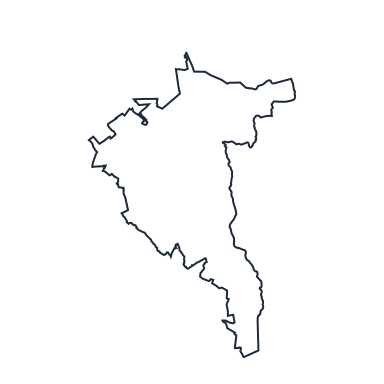 Comala, Colima, Mexico, rotated 109°
{"feature_id": "50627088B21346817666237", "entity_name": "Comala", "entity_type": "district", "adm_level": 2, "iso_a3": "MEX", "parent_name": "Mexico", "parent_adm1": "Colima", "projection": "albers", "projection_center": [-103.766, 19.395], "detail": "fine", "context": "isolated", "style": "outline", "palette": "slate", "viewbox_px": 384, "rotation_deg": 109, "n_neighbors": 0, "source": "geoboundaries", "source_scale": "gbopen_adm2", "svg_char_len": 6042}
<svg xmlns="http://www.w3.org/2000/svg" viewBox="0 0 384 384"><g transform="rotate(109 192 192)"><path d="M320.2,77.6L292.5,88.0L289.6,88.9L288.8,88.9L288.0,89.1L287.5,88.7L286.8,88.9L286.2,88.1L285.0,87.8L283.3,88.2L281.6,88.2L279.2,87.0L277.3,87.3L275.4,88.6L273.5,88.8L271.6,89.6L271.1,90.3L269.4,91.7L268.4,91.9L267.3,93.0L266.0,93.5L264.8,93.3L262.9,93.8L261.9,95.3L261.6,96.2L260.8,96.6L260.3,96.6L259.7,95.6L258.9,95.5L256.5,96.1L255.0,97.0L254.1,97.3L251.0,103.0L250.4,103.2L248.9,103.1L247.9,103.3L246.0,104.8L246.4,106.0L246.0,107.4L244.9,108.6L243.1,109.7L241.0,112.3L239.8,114.6L238.8,115.7L238.4,117.7L237.3,119.3L234.4,121.1L233.6,121.0L231.5,121.4L230.4,122.1L229.9,123.3L230.0,125.6L229.7,128.7L230.1,131.9L229.6,133.9L229.1,134.5L228.1,135.3L227.4,135.4L226.7,135.8L225.3,135.8L224.5,136.4L223.6,136.6L221.5,137.5L221.1,138.2L219.6,139.5L218.7,140.6L216.9,141.9L214.4,143.3L213.3,144.7L212.4,145.2L210.9,145.4L209.3,145.3L203.4,143.3L201.7,143.4L199.4,143.0L198.3,143.0L197.1,143.5L193.5,145.8L189.4,148.9L186.9,150.4L185.6,150.8L183.3,152.7L182.5,153.7L179.2,154.5L176.9,157.5L176.5,157.7L175.3,158.1L173.8,157.3L172.3,157.3L171.2,158.1L169.4,158.2L168.5,158.5L165.2,159.1L164.3,159.0L163.0,159.7L159.6,160.7L158.0,162.4L156.1,163.6L155.3,165.4L154.6,166.2L153.8,166.6L152.7,166.7L151.6,166.1L149.8,167.3L148.3,169.5L147.3,170.3L145.6,171.2L144.4,172.5L143.0,173.3L141.5,173.7L140.4,173.7L138.8,174.0L138.3,174.7L138.1,175.7L137.2,175.4L136.6,175.4L135.8,177.0L135.7,178.4L135.1,179.0L134.6,178.8L133.6,177.3L133.6,175.7L133.1,173.7L131.3,171.0L131.3,169.8L132.0,166.8L132.5,165.6L131.5,164.1L131.1,163.3L131.2,161.0L129.9,159.1L127.5,156.5L127.1,155.7L127.2,154.9L127.5,154.6L130.3,152.5L130.7,152.0L130.9,151.2L130.6,150.6L128.4,149.9L125.8,149.7L123.6,148.4L122.5,148.4L121.8,149.0L121.1,148.6L120.4,148.8L119.5,149.1L119.0,149.9L117.6,149.5L116.2,150.1L115.1,150.2L114.6,150.8L113.4,151.3L112.5,152.6L111.4,153.5L110.7,153.7L109.9,154.6L107.0,155.2L105.8,155.8L105.3,156.5L104.3,157.0L102.4,157.3L100.9,156.9L99.2,156.2L98.4,154.9L98.2,153.4L99.2,151.3L95.5,145.7L94.1,141.3L93.3,141.9L92.3,142.1L91.6,142.6L91.1,142.7L90.8,142.5L90.1,142.8L89.0,143.7L88.0,143.8L85.9,143.0L83.3,145.3L79.7,144.1L78.2,138.7L76.2,132.8L72.9,127.3L71.2,125.7L70.6,125.4L69.6,125.4L68.1,125.6L67.1,126.0L66.7,126.6L63.2,127.5L62.5,128.7L61.7,128.9L61.3,129.4L56.5,131.9L55.3,133.1L52.7,135.1L62.6,149.8L63.0,150.9L62.9,152.1L62.0,153.4L61.2,153.8L61.2,155.5L63.0,157.4L67.1,159.8L70.3,164.0L73.0,164.4L74.2,165.1L74.6,167.3L74.5,169.1L75.2,170.6L75.2,171.6L75.5,172.5L75.4,172.9L75.7,173.8L75.8,175.2L72.8,182.0L76.7,192.6L78.1,193.9L76.3,200.6L75.5,212.3L74.1,218.8L77.5,229.2L73.3,232.4L61.6,243.2L63.2,242.3L63.9,242.5L64.2,242.9L65.8,243.3L66.5,242.7L66.2,241.9L67.0,242.1L66.9,241.5L68.1,239.8L69.2,239.6L70.6,240.0L76.9,236.1L79.2,238.9L79.8,242.8L80.8,246.1L81.0,246.3L81.1,247.2L97.9,238.5L102.9,235.4L122.9,247.2L122.4,252.9L120.6,253.2L120.2,253.5L119.9,254.2L115.2,255.0L120.2,269.2L123.2,276.9L123.8,275.5L124.3,275.8L124.7,275.2L124.4,275.1L126.0,272.0L127.1,270.7L123.0,261.2L127.3,263.1L131.7,265.9L134.9,267.2L135.0,265.8L135.2,265.1L136.1,264.4L137.4,261.2L138.5,259.1L138.9,259.7L139.0,259.4L139.6,259.1L140.3,257.8L140.5,256.9L143.0,257.1L143.4,257.3L143.6,257.7L143.7,259.7L143.4,261.4L142.9,261.7L142.2,261.5L140.4,260.4L138.8,261.9L137.0,266.5L135.5,272.6L134.8,273.9L132.5,275.5L134.0,276.3L133.6,278.2L141.7,280.6L140.6,283.5L146.9,288.0L147.1,287.5L155.0,293.5L156.0,293.4L157.2,292.4L158.4,290.5L159.2,288.7L159.9,287.9L160.2,285.6L162.4,283.1L165.1,284.4L168.0,286.4L166.4,287.7L167.6,288.9L172.3,291.8L176.6,295.2L171.8,303.4L176.5,306.4L177.4,304.0L178.6,302.1L181.9,299.6L182.9,298.1L184.1,297.0L184.5,295.8L185.2,294.7L187.7,295.2L196.4,295.2L200.0,294.7L200.8,294.3L199.4,291.7L196.4,283.9L195.9,284.1L195.1,282.2L196.8,282.3L196.5,282.8L201.1,283.1L200.9,281.4L201.8,278.5L203.4,274.8L203.3,275.0L201.0,273.8L202.2,271.1L202.9,270.3L202.7,269.2L203.4,266.1L206.2,265.2L208.6,265.9L208.8,265.5L208.4,264.9L208.6,264.4L208.9,264.4L209.9,263.9L210.8,263.1L211.3,262.9L210.5,258.4L211.0,258.4L211.1,257.6L211.8,257.7L212.9,257.0L213.2,257.2L216.4,255.8L217.7,254.3L219.2,253.1L230.0,246.6L235.0,251.6L235.9,250.3L236.7,249.7L237.4,248.7L238.1,247.1L241.0,243.8L241.8,243.8L242.7,241.5L241.7,241.0L241.1,239.9L241.0,239.2L242.0,237.6L241.9,236.5L242.4,235.9L241.8,235.2L242.0,234.6L242.8,233.3L244.2,232.8L244.1,232.2L244.8,231.3L245.5,229.6L245.4,228.2L245.8,226.6L245.9,223.5L248.1,220.3L250.5,215.2L251.9,214.2L252.4,212.9L253.3,212.0L253.5,211.0L254.3,209.5L255.6,208.4L256.3,206.6L256.9,206.6L258.0,206.1L258.7,205.3L258.8,204.8L258.7,203.9L259.1,203.0L259.7,202.8L260.3,200.3L260.2,199.8L260.8,198.1L260.2,197.7L259.6,196.6L257.5,196.1L257.7,195.7L257.0,195.1L258.0,193.6L258.6,193.0L258.6,192.1L259.9,191.0L256.6,191.2L252.6,190.7L251.2,190.4L251.3,190.1L250.7,189.3L249.8,189.5L249.8,189.0L248.8,190.1L247.6,189.7L247.0,190.0L246.7,189.2L246.4,189.2L246.3,188.6L245.9,188.5L248.6,186.1L251.5,184.5L252.2,182.8L252.8,182.4L253.3,181.5L254.5,180.1L255.6,178.2L258.7,177.5L259.4,176.7L260.5,176.5L261.4,176.7L261.9,176.2L263.1,176.5L263.8,175.9L263.8,175.5L264.8,174.4L264.7,173.7L265.0,173.4L264.9,173.2L265.5,172.9L265.9,170.7L263.3,169.0L261.5,167.5L261.2,167.3L261.0,167.6L260.7,166.8L257.2,164.4L255.7,162.7L250.3,157.9L250.4,157.4L253.4,155.3L255.0,156.9L255.8,156.7L256.5,157.2L257.8,157.4L260.4,155.6L264.4,156.9L265.6,157.6L269.4,156.8L270.5,153.7L270.7,148.1L270.6,146.8L268.2,145.7L268.2,143.4L271.8,143.2L272.7,138.6L274.2,134.9L272.7,132.7L273.7,126.8L281.3,124.5L281.3,122.4L286.9,122.7L293.6,119.0L297.4,117.8L294.7,113.1L301.5,109.3L302.7,110.3L303.3,113.2L302.6,118.4L303.6,121.3L304.6,120.3L304.9,117.6L307.7,115.2L309.3,114.2L311.1,105.5L312.4,105.7L313.1,103.4L325.6,100.7L325.6,100.1L324.9,99.0L324.6,97.6L324.4,97.2L323.7,96.9L323.4,95.6L323.6,95.0L324.1,94.7L326.5,94.5L327.1,94.2L329.0,91.7L331.2,89.6L331.3,89.3L320.2,77.6Z" fill="none" stroke="#1e293b" stroke-width="2"/></g></svg>